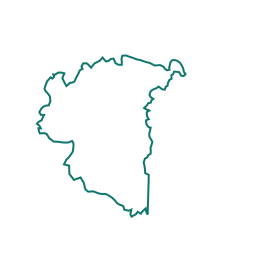 the district of Cruzmaltina, Paraná, Brazil, rotated 149°
{"feature_id": "56859067B80032191176175", "entity_name": "Cruzmaltina", "entity_type": "district", "adm_level": 2, "iso_a3": "BRA", "parent_name": "Brazil", "parent_adm1": "Paraná", "projection": "orthographic", "projection_center": [-51.488, -24.002], "detail": "fine", "context": "isolated", "style": "outline", "palette": "teal", "viewbox_px": 256, "rotation_deg": 149, "n_neighbors": 0, "source": "geoboundaries", "source_scale": "gbopen_adm2", "svg_char_len": 2414}
<svg xmlns="http://www.w3.org/2000/svg" viewBox="0 0 256 256"><g transform="rotate(149 128 128)"><path d="M50.9,144.6L51.2,147.4L50.1,150.4L49.7,153.3L49.8,157.0L51.2,160.3L53.2,162.4L55.4,163.3L57.6,162.6L61.4,158.8L62.4,156.6L64.7,157.3L65.9,159.5L66.0,162.4L68.1,165.4L72.9,167.8L75.8,172.5L79.0,175.7L82.7,180.2L84.9,182.0L88.1,186.1L90.4,188.7L92.4,191.2L95.6,192.9L98.1,190.5L99.2,187.9L100.8,185.4L103.7,187.2L105.3,190.0L104.9,193.0L104.7,195.0L107.2,196.0L110.3,195.5L112.6,196.4L113.1,198.6L113.5,201.5L117.4,200.2L120.6,200.4L123.3,200.6L125.4,200.0L128.6,198.7L129.4,202.8L130.2,204.8L133.2,206.5L136.3,204.5L136.5,202.1L139.5,202.3L142.5,200.2L146.0,198.1L150.1,195.4L152.7,195.7L154.7,196.7L156.5,196.1L159.2,195.7L159.1,199.1L158.6,204.5L156.3,206.3L154.4,207.6L156.3,209.6L159.3,211.4L162.9,211.3L164.5,212.4L164.9,209.9L167.4,209.3L168.4,211.4L170.3,210.6L173.2,209.7L176.1,207.5L179.2,204.9L179.7,202.7L178.8,197.8L178.7,195.2L180.7,191.0L184.4,188.2L186.3,189.3L189.5,189.9L192.4,189.2L195.9,187.2L195.9,184.2L193.2,182.4L196.5,180.3L198.0,179.1L201.4,179.3L203.9,178.5L202.7,175.6L203.0,172.6L204.9,173.9L206.1,170.8L206.3,168.7L202.4,166.7L200.8,164.7L200.7,159.6L198.6,154.5L195.7,152.7L190.7,148.7L186.8,146.4L182.6,145.7L182.6,143.2L183.8,140.9L187.0,136.7L188.6,135.6L191.7,134.2L193.7,133.4L197.1,132.6L201.6,129.8L197.9,126.1L199.3,123.5L201.9,118.9L201.1,111.4L194.1,110.0L194.2,103.7L194.8,101.5L195.7,99.2L196.1,97.2L194.9,93.9L190.4,91.6L186.8,87.0L184.1,84.7L182.0,83.6L180.6,82.2L179.4,80.2L177.7,76.9L176.5,72.8L176.2,69.7L175.1,67.2L173.4,65.1L172.3,63.4L173.2,59.8L169.8,56.6L167.2,56.3L169.2,54.1L170.5,52.6L170.6,50.2L167.9,50.1L165.7,50.0L162.9,51.2L161.1,47.9L158.7,49.0L154.3,50.0L155.5,46.8L155.8,43.6L137.5,72.1L134.4,77.2L136.5,80.5L134.8,83.7L133.1,87.7L132.3,90.4L129.3,93.0L126.5,92.9L124.9,94.2L121.8,94.3L120.0,97.2L118.8,99.6L116.7,101.2L114.2,103.7L114.1,109.5L112.9,112.0L110.4,114.5L108.4,116.6L109.9,118.1L110.3,121.7L108.6,125.3L105.6,124.9L105.8,127.5L105.0,129.8L103.7,131.9L100.8,132.0L102.8,134.7L103.9,136.8L100.2,137.6L97.8,138.9L95.5,138.0L93.6,139.6L91.3,139.9L92.6,142.5L92.6,145.2L89.9,147.7L87.0,148.1L83.3,147.5L80.4,147.7L78.8,143.7L76.7,141.9L74.4,143.9L72.1,144.0L70.8,145.8L68.0,147.8L65.3,147.8L63.6,150.9L61.7,150.9L59.4,152.6L57.4,151.2L55.4,149.5L55.5,145.6L53.6,143.9L50.9,144.6Z" fill="none" stroke="#0f766e" stroke-width="2"/></g></svg>